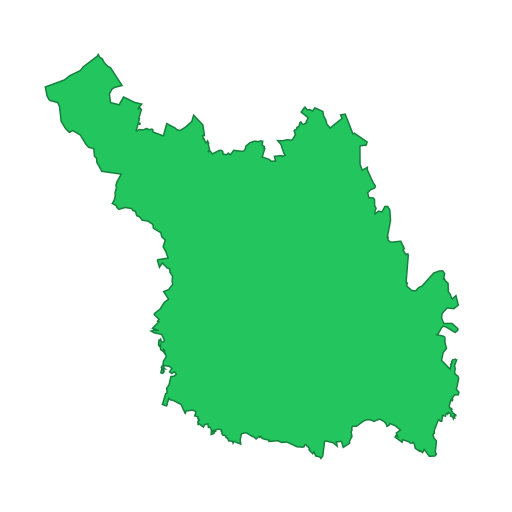 Sincelejo, Sucre, Colombia, rotated 356°
{"feature_id": "7082276B68142499203248", "entity_name": "Sincelejo", "entity_type": "district", "adm_level": 2, "iso_a3": "COL", "parent_name": "Colombia", "parent_adm1": "Sucre", "projection": "natural_earth1", "projection_center": [-75.431, 9.328], "detail": "fine", "context": "isolated", "style": "filled", "palette": "green", "viewbox_px": 512, "rotation_deg": 356, "n_neighbors": 0, "source": "geoboundaries", "source_scale": "gbopen_adm2", "svg_char_len": 6128}
<svg xmlns="http://www.w3.org/2000/svg" viewBox="0 0 512 512"><g transform="rotate(356 256 256)"><path d="M227.6,442.6L227.4,438.5L229.0,432.4L233.7,431.5L239.9,435.9L240.4,435.5L243.3,438.5L246.3,436.2L247.0,437.1L248.3,436.3L248.7,437.7L250.5,438.9L256.3,440.7L256.0,441.9L264.7,441.8L268.6,443.8L273.8,443.7L283.4,449.1L289.4,450.0L290.8,449.5L291.5,447.7L292.6,447.7L296.1,452.0L295.4,453.0L298.8,457.2L300.2,455.5L301.6,459.6L305.8,461.0L306.6,462.5L308.6,460.2L311.5,445.8L312.4,445.3L320.1,447.7L323.7,451.3L323.2,447.0L328.3,446.9L329.7,453.0L336.3,449.3L336.5,447.0L339.1,442.7L338.7,437.9L339.5,436.7L339.7,433.4L340.8,432.5L344.0,433.0L351.7,428.2L354.9,427.1L358.3,427.3L362.2,429.2L367.7,427.3L371.9,429.8L374.0,432.2L374.8,435.1L376.8,434.2L378.0,432.5L383.2,435.1L388.0,439.7L383.6,442.4L384.7,445.8L383.3,444.7L382.1,446.3L388.7,452.0L389.6,449.5L395.4,451.9L396.9,453.4L398.9,453.5L399.5,452.7L400.8,454.4L401.4,458.9L405.7,462.3L406.0,461.5L408.5,463.7L410.3,460.7L414.9,467.9L420.5,468.0L422.2,466.2L421.1,464.1L423.1,453.1L420.9,450.2L420.1,447.2L420.8,445.4L421.6,445.3L421.6,442.6L426.0,433.1L427.1,432.0L428.5,433.8L429.8,433.8L431.0,427.9L433.7,429.0L434.7,426.5L436.1,426.1L436.3,426.9L437.2,425.4L439.3,427.3L438.9,429.2L441.2,430.5L441.5,432.0L441.9,431.1L442.9,431.5L442.8,429.3L444.2,429.2L444.0,428.2L442.6,428.2L442.6,427.1L441.4,426.4L439.9,422.8L440.7,422.5L440.4,421.7L438.6,421.0L438.3,419.0L440.3,413.4L441.8,414.1L442.3,412.5L441.3,411.9L444.6,408.4L448.1,408.6L448.9,406.0L446.6,403.0L449.7,392.1L448.9,389.9L446.4,387.6L446.0,385.5L446.9,382.5L446.4,379.3L448.9,373.7L447.4,372.8L444.9,373.4L443.7,375.3L444.2,376.0L442.5,377.8L443.0,378.7L441.7,382.5L433.8,373.0L436.1,365.2L439.6,361.5L438.5,355.9L438.7,350.3L437.7,349.2L430.9,347.1L432.8,345.7L436.0,340.6L437.9,339.1L440.6,340.0L449.3,346.2L452.0,344.3L452.4,342.7L446.8,336.9L438.6,336.4L436.8,330.8L437.6,326.4L443.0,321.1L449.6,322.4L454.4,319.1L452.7,309.5L448.8,312.5L447.8,311.1L447.3,308.1L445.4,305.1L445.7,296.5L442.9,293.6L442.4,291.9L441.5,292.2L442.9,286.6L441.2,283.8L437.5,283.8L432.1,285.4L419.6,297.5L416.0,298.9L412.7,302.0L409.0,301.3L404.1,296.3L405.1,293.5L404.1,293.3L404.1,291.5L407.9,266.2L407.6,264.4L405.5,265.0L403.2,260.3L404.4,258.7L401.4,251.3L392.3,251.7L390.6,251.2L388.7,249.0L389.1,246.6L388.3,246.6L392.7,229.8L392.7,219.4L390.8,215.7L388.1,215.5L384.7,220.8L381.2,219.8L377.8,222.2L377.7,219.8L379.1,216.9L377.9,213.9L378.2,207.8L376.9,206.2L372.7,205.8L371.8,200.7L375.0,197.9L379.2,196.4L380.0,194.5L378.1,191.3L373.1,178.0L373.3,175.3L368.0,177.8L366.2,171.7L367.3,154.1L367.8,153.3L373.6,153.1L374.8,150.0L362.6,140.3L361.2,141.0L354.9,120.7L350.2,121.2L351.5,124.7L338.8,133.5L335.9,129.5L335.1,125.1L333.2,120.9L332.8,116.5L325.1,112.3L322.6,115.3L319.9,113.7L317.2,113.7L315.3,110.9L314.6,111.3L311.1,115.6L317.7,121.8L315.5,125.3L315.8,126.3L312.7,128.1L311.4,127.6L310.2,125.4L308.9,126.4L307.9,129.8L305.7,130.6L305.6,132.1L302.8,133.5L303.7,138.0L300.0,143.0L294.9,142.2L290.5,142.9L285.7,142.4L288.7,146.5L290.9,155.3L292.2,157.4L289.4,158.6L288.8,157.6L281.3,157.9L282.2,162.6L278.0,162.6L275.6,160.4L269.1,157.7L272.2,149.5L271.5,149.3L272.0,147.3L269.9,146.0L270.7,142.0L268.5,141.5L266.2,142.1L262.6,141.3L257.8,142.6L253.8,145.5L252.2,149.6L251.3,150.3L249.7,150.7L241.2,149.0L237.5,153.2L235.5,151.4L234.3,152.7L230.5,152.3L230.0,149.3L228.5,148.1L226.4,148.2L219.7,151.1L217.4,148.0L215.1,148.9L217.1,147.0L216.1,140.7L216.6,140.5L215.7,137.7L215.2,138.2L215.8,139.1L213.5,139.5L212.5,135.7L211.6,135.7L211.2,132.3L213.0,132.3L212.1,121.4L203.6,111.2L201.4,117.2L195.0,122.3L189.1,125.5L185.9,124.5L184.2,122.6L176.2,117.7L172.0,129.7L161.6,125.0L161.9,122.7L161.0,122.2L157.9,122.5L155.9,121.1L152.3,122.4L148.2,121.7L146.1,123.0L145.2,122.7L147.5,116.2L149.4,116.4L149.6,115.6L148.0,114.9L149.3,110.8L148.7,110.4L151.9,101.9L150.4,100.0L149.1,101.2L148.8,100.3L152.6,96.5L145.4,94.2L134.9,88.1L130.1,95.6L121.5,92.8L121.1,84.1L123.8,79.7L126.5,78.0L134.3,76.6L123.9,57.9L121.7,56.7L118.2,52.8L116.3,48.4L114.2,47.2L112.6,44.0L111.7,45.5L97.0,55.2L93.6,58.8L82.9,63.1L77.1,67.0L57.6,72.7L58.7,81.6L60.3,85.5L61.6,86.6L68.8,89.1L70.4,93.0L71.0,108.0L75.0,115.8L78.5,119.7L82.0,118.1L89.2,123.1L93.9,132.3L96.6,135.9L101.6,137.5L101.9,145.4L103.7,147.1L103.8,151.6L108.1,160.8L127.3,164.9L122.4,172.4L121.2,175.8L121.6,178.0L119.8,183.2L119.8,186.2L118.5,190.3L116.3,193.6L120.2,196.1L120.6,197.9L122.5,199.9L128.7,198.5L135.1,199.9L136.2,201.9L138.8,203.2L140.0,207.6L142.7,208.8L144.9,212.3L150.5,213.6L155.3,217.3L155.6,221.2L162.7,226.1L163.3,230.2L166.6,233.8L164.0,240.3L166.5,245.8L168.2,252.0L157.8,252.8L157.4,253.5L158.9,260.5L162.1,256.4L166.5,261.7L169.1,262.9L169.0,266.2L171.3,270.1L170.5,275.5L171.0,278.4L166.5,283.4L161.4,285.1L165.8,293.0L161.2,295.9L156.5,302.4L150.6,306.3L150.5,307.4L154.8,312.3L153.3,314.2L154.6,314.8L147.7,320.9L153.8,323.6L148.9,322.9L146.1,323.6L149.2,325.6L156.4,327.6L158.8,333.7L157.4,335.4L155.7,335.2L155.1,332.3L154.2,333.4L153.6,333.0L153.0,334.5L152.6,337.7L153.3,339.4L154.6,337.9L154.3,342.7L156.4,344.5L157.2,342.7L158.0,343.4L157.0,344.9L157.8,346.4L158.2,345.0L159.5,350.1L156.3,354.4L155.4,359.2L154.8,359.0L153.7,360.8L154.4,361.5L152.9,365.8L154.6,366.6L155.7,365.8L156.4,364.4L155.3,363.7L155.7,362.5L157.3,362.4L155.7,361.6L156.5,360.5L155.9,358.9L156.9,358.9L162.0,360.1L164.2,362.5L161.6,365.6L163.9,367.4L166.4,365.8L168.4,368.3L165.9,370.2L162.7,370.3L160.2,378.5L157.7,381.7L157.7,386.4L156.3,386.9L152.3,397.6L156.4,399.3L159.1,391.8L160.7,393.7L163.0,394.1L170.9,398.9L174.6,408.7L175.0,405.8L182.3,405.3L185.3,407.2L183.7,411.2L186.9,412.3L186.6,413.9L187.7,414.8L187.1,415.5L187.7,416.1L186.5,417.0L186.4,420.6L187.1,419.1L191.6,423.0L193.3,420.6L196.2,420.0L196.6,423.6L197.8,423.0L199.4,426.5L198.8,430.9L201.7,430.1L202.1,428.4L203.5,428.2L203.3,427.5L200.5,428.4L200.0,427.4L207.0,426.1L209.5,427.2L209.1,428.4L209.9,429.1L209.5,430.5L210.3,432.3L213.2,433.2L213.5,435.2L214.9,435.6L215.8,438.5L219.7,439.2L220.1,441.1L221.3,439.4L227.6,442.6Z" fill="#22c55e" stroke="#15803d" stroke-width="1.5"/></g></svg>